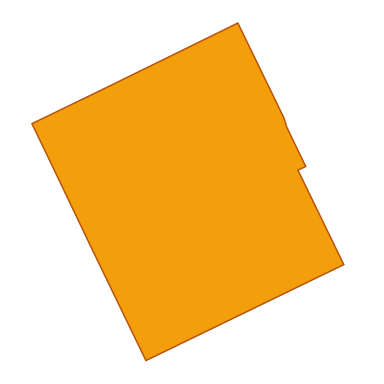 Chase, Kansas, United States of America (orthographic projection), rotated 154°
{"feature_id": "52423323B84627623723437", "entity_name": "Chase", "entity_type": "district", "adm_level": 2, "iso_a3": "USA", "parent_name": "United States of America", "parent_adm1": "Kansas", "projection": "orthographic", "projection_center": [-96.608, 38.304], "detail": "fine", "context": "isolated", "style": "filled", "palette": "amber", "viewbox_px": 384, "rotation_deg": 154, "n_neighbors": 0, "source": "geoboundaries", "source_scale": "gbopen_adm2", "svg_char_len": 306}
<svg xmlns="http://www.w3.org/2000/svg" viewBox="0 0 384 384"><g transform="rotate(154 192 192)"><path d="M307.3,60.7L87.4,60.2L87.2,165.2L78.6,165.1L78.4,209.0L76.9,217.8L76.7,323.8L227.7,323.4L305.9,323.6L306.2,271.2L306.9,183.3L307.3,60.7Z" fill="#f59e0b" stroke="#b45309" stroke-width="1.5"/></g></svg>